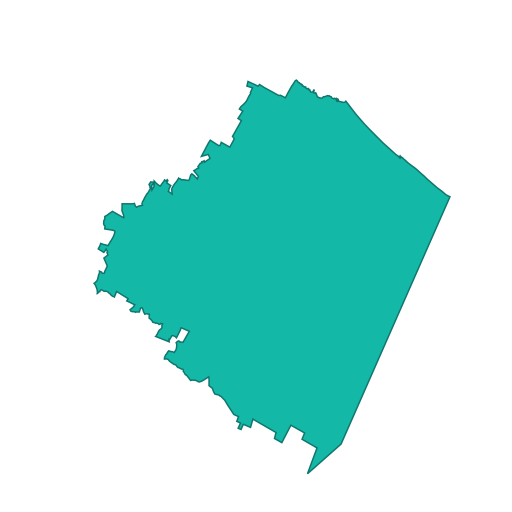 outline of Tizimín, Yucatán, Mexico, rotated 24°
{"feature_id": "50627088B55202518937979", "entity_name": "Tizimín", "entity_type": "district", "adm_level": 2, "iso_a3": "MEX", "parent_name": "Mexico", "parent_adm1": "Yucatán", "projection": "equal_earth", "projection_center": [-87.983, 21.249], "detail": "fine", "context": "isolated", "style": "filled", "palette": "teal", "viewbox_px": 512, "rotation_deg": 24, "n_neighbors": 0, "source": "geoboundaries", "source_scale": "gbopen_adm2", "svg_char_len": 6003}
<svg xmlns="http://www.w3.org/2000/svg" viewBox="0 0 512 512"><g transform="rotate(24 256 256)"><path d="M409.1,123.0L406.2,122.9L404.3,122.7L401.1,121.7L400.9,121.8L400.2,121.4L393.9,120.0L380.7,116.0L376.8,114.5L373.9,113.7L368.0,111.7L363.9,110.6L363.3,110.6L357.0,109.1L353.3,107.8L351.0,107.2L350.5,106.9L348.8,106.5L348.7,106.8L347.0,105.9L347.0,107.2L347.8,107.5L347.8,108.0L346.7,107.8L346.6,108.2L346.5,107.5L346.7,107.2L346.8,107.0L346.4,106.9L346.3,107.1L342.5,106.4L325.7,100.9L308.6,94.3L301.7,91.5L289.9,86.0L275.1,78.0L274.7,79.2L273.9,80.0L269.7,80.8L268.1,80.9L267.5,79.7L266.7,79.4L266.6,79.7L266.8,79.6L266.9,79.9L266.9,79.7L267.2,79.6L267.4,80.4L267.7,80.4L267.6,80.8L267.8,80.8L267.8,81.1L268.1,81.2L267.8,81.6L267.4,81.7L266.6,81.6L266.1,81.0L266.0,80.4L266.4,80.1L266.4,79.8L265.9,80.0L265.7,79.8L265.7,80.1L265.6,79.8L265.2,79.7L264.6,80.1L263.8,79.9L263.7,80.3L263.1,80.7L262.2,80.7L261.5,80.9L260.8,80.7L260.1,80.0L259.1,80.2L258.1,79.8L257.9,80.1L256.2,80.3L253.7,82.8L252.8,83.1L252.5,84.1L251.7,85.3L250.2,85.5L249.9,85.7L249.6,85.6L248.7,85.8L248.3,85.6L248.0,85.8L247.1,85.4L244.4,82.7L243.6,82.9L243.1,83.6L242.6,83.5L242.0,83.0L241.7,82.3L241.6,81.7L242.0,81.3L241.4,80.8L241.2,81.0L241.3,81.8L241.0,82.9L240.3,83.7L239.4,83.8L238.6,83.5L237.9,82.7L237.6,82.7L237.3,82.1L237.1,82.0L237.3,82.2L237.6,82.8L237.0,82.8L235.9,81.7L235.5,82.1L235.1,82.2L234.9,82.1L234.3,82.5L233.9,82.5L233.1,82.0L232.9,81.8L232.6,81.4L232.4,81.7L231.7,81.9L231.2,81.6L230.6,81.8L230.2,81.4L229.6,81.7L229.0,81.6L228.5,80.8L228.3,80.9L227.8,80.5L227.6,80.5L227.3,80.9L226.9,80.9L226.1,80.4L225.5,80.4L225.1,80.1L224.8,80.2L224.5,80.0L224.0,80.1L223.3,79.8L222.5,79.2L222.0,79.2L221.4,78.9L220.6,79.8L219.8,85.3L219.6,85.7L218.9,92.8L218.5,99.5L213.0,99.2L211.4,100.1L194.6,98.7L189.5,97.9L188.9,100.0L177.7,99.8L178.6,104.5L184.4,103.8L184.4,109.0L185.0,110.0L185.0,110.8L184.7,111.3L184.7,112.1L184.5,112.7L184.3,118.3L183.5,121.1L181.5,125.7L181.0,128.5L185.0,129.0L183.6,137.7L187.6,138.3L185.9,156.3L188.0,157.4L188.5,158.0L187.8,167.2L178.0,166.3L178.2,167.8L178.1,169.9L176.8,170.3L167.1,168.8L166.6,172.2L165.6,187.2L171.0,182.7L171.8,183.2L174.3,185.6L170.8,191.3L169.9,190.1L169.0,191.3L168.1,192.0L168.7,192.9L167.4,193.9L166.6,198.0L167.9,198.9L167.1,199.9L166.6,200.1L166.1,201.1L164.5,203.4L171.0,206.7L171.0,209.5L169.7,208.8L168.0,208.4L167.3,207.8L164.0,207.0L163.5,208.0L163.5,209.8L163.8,211.1L163.9,213.0L163.9,213.7L163.4,214.5L158.8,215.8L157.3,216.6L156.9,216.7L155.4,216.3L154.2,216.6L153.7,216.3L153.2,219.9L152.1,224.1L151.7,228.2L151.8,229.1L152.1,230.0L153.9,232.7L154.2,233.7L151.5,232.9L149.7,232.7L149.5,230.9L149.2,229.9L149.5,226.3L144.9,225.6L144.7,224.6L144.8,222.9L143.8,222.4L143.5,224.1L141.5,223.7L141.4,225.3L140.4,229.5L140.3,230.9L138.9,231.0L137.7,230.8L135.0,230.0L132.5,228.9L133.5,231.1L133.5,231.8L134.1,232.2L134.0,232.9L134.6,234.1L134.1,238.1L133.3,236.9L132.1,234.0L132.2,233.2L132.7,232.1L132.4,230.2L129.6,231.2L129.2,234.2L130.8,235.5L131.3,236.6L131.6,236.8L131.7,236.6L132.4,237.0L132.0,238.2L131.6,242.2L131.5,242.9L131.2,243.2L130.8,245.9L130.5,249.0L130.7,249.7L130.5,250.5L130.3,252.9L130.6,254.6L131.2,255.6L131.6,255.9L128.3,258.3L127.2,260.0L125.5,259.5L123.5,257.4L122.7,258.2L112.4,262.8L112.9,263.7L115.1,269.1L118.4,272.5L119.6,274.6L119.5,274.9L106.7,273.6L106.5,274.0L104.2,277.7L103.4,279.3L101.8,281.4L102.7,283.2L102.8,284.2L102.6,285.4L103.5,288.1L104.6,289.6L105.9,290.0L106.8,292.8L115.1,290.6L116.7,290.7L117.0,290.8L117.3,291.2L117.6,293.2L117.8,296.1L117.4,301.1L117.3,301.6L117.1,301.7L117.0,303.9L116.6,305.8L116.6,306.9L114.2,307.0L111.7,307.5L109.0,307.7L109.2,309.0L109.2,311.0L109.0,313.2L109.0,313.7L115.5,314.6L116.1,312.3L116.3,310.6L118.8,312.7L118.5,313.5L120.3,315.3L117.9,319.8L124.2,325.6L124.2,330.3L124.0,331.2L124.3,332.2L124.4,333.4L122.7,334.3L122.1,334.1L121.5,333.5L119.1,333.5L119.9,335.1L119.9,337.2L120.7,341.4L120.8,343.2L119.6,346.3L119.2,346.8L121.4,348.1L124.4,351.2L126.0,353.8L126.2,354.9L126.5,354.7L126.8,352.9L127.9,352.1L127.7,351.1L128.0,350.3L128.4,349.7L131.6,350.0L132.5,349.5L134.0,349.0L135.7,349.2L136.1,349.5L138.3,350.0L138.9,350.4L140.6,351.0L141.5,351.1L142.7,351.0L143.3,351.1L143.1,345.1L156.6,347.0L156.2,349.6L165.1,349.9L164.7,352.5L163.2,355.5L162.8,356.4L164.3,357.4L165.7,357.1L167.9,356.3L168.9,356.4L169.1,356.0L172.2,354.6L171.8,351.5L172.1,350.1L172.4,349.7L173.7,350.0L175.9,352.6L178.1,354.4L179.1,353.5L180.0,353.0L181.2,353.0L182.3,352.6L183.2,355.3L184.0,356.5L185.0,356.4L186.4,357.1L187.0,357.2L188.6,358.5L190.2,358.2L191.7,358.2L192.6,357.7L193.6,357.4L195.2,358.0L196.1,357.4L196.4,356.4L198.2,355.9L198.2,357.5L198.5,358.2L199.1,359.4L199.2,360.1L199.0,360.9L197.8,363.1L197.6,365.9L197.7,366.8L197.3,368.8L197.4,369.6L197.1,370.3L211.6,369.7L210.5,368.0L210.4,367.4L211.1,367.6L211.6,362.8L213.7,362.4L214.7,362.4L216.6,363.1L217.0,354.2L216.8,352.9L216.8,352.0L225.7,351.9L224.4,364.6L223.5,364.7L222.6,365.3L222.0,365.2L221.6,365.6L221.3,365.6L220.1,364.9L219.0,365.9L218.3,367.7L219.0,368.3L219.5,369.0L220.2,370.5L220.6,372.0L220.9,372.6L221.0,374.6L220.6,376.8L220.6,377.4L218.4,377.4L217.2,377.9L214.9,378.1L214.4,379.6L214.2,381.7L213.8,382.9L213.7,383.8L213.8,386.3L214.3,387.4L216.1,386.4L217.7,386.2L219.9,387.3L222.5,387.9L225.2,388.4L226.7,388.1L228.2,388.6L228.5,389.0L230.0,389.6L231.2,389.4L234.0,389.6L234.8,389.2L235.6,389.3L236.1,390.0L236.4,390.9L237.9,391.7L239.6,393.1L240.7,393.2L241.8,393.5L246.9,396.3L248.2,395.3L250.5,394.4L252.1,394.1L255.2,394.3L257.1,392.7L259.0,390.1L262.0,385.6L263.3,387.8L265.8,393.5L266.8,393.9L269.8,394.5L272.5,397.3L274.5,398.8L276.7,398.5L278.3,398.1L279.8,398.5L281.2,398.5L286.2,400.5L289.8,403.1L300.2,409.8L305.3,409.8L305.7,414.9L309.8,414.9L309.7,420.6L312.9,420.6L312.9,414.9L320.7,414.8L319.5,406.3L346.1,409.1L347.1,415.2L355.5,416.0L356.7,396.4L372.4,397.9L372.6,404.7L389.8,406.5L391.6,434.0L410.2,393.2L409.1,123.0Z" fill="#14b8a6" stroke="#0f766e" stroke-width="1.5"/></g></svg>